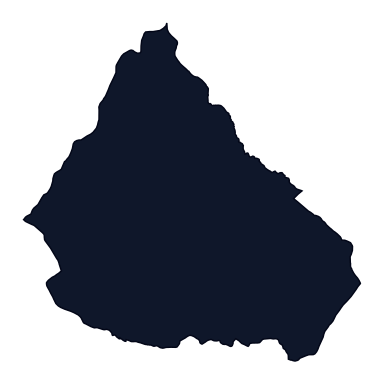 Cerinza, Boyacá, Colombia
{"feature_id": "7082276B99434629826727", "entity_name": "Cerinza", "entity_type": "district", "adm_level": 2, "iso_a3": "COL", "parent_name": "Colombia", "parent_adm1": "Boyacá", "projection": "albers", "projection_center": [-72.96, 5.971], "detail": "fine", "context": "isolated", "style": "filled", "palette": "ink", "viewbox_px": 384, "rotation_deg": 0, "n_neighbors": 0, "source": "geoboundaries", "source_scale": "gbopen_adm2", "svg_char_len": 5970}
<svg xmlns="http://www.w3.org/2000/svg" viewBox="0 0 384 384"><path d="M319.0,346.1L323.1,337.1L323.8,334.1L324.8,331.4L328.2,326.8L329.2,325.0L330.8,323.6L332.8,321.2L333.7,319.5L335.8,315.1L339.4,310.3L341.0,307.9L343.1,305.0L347.1,300.9L351.1,296.4L356.0,289.6L357.9,286.6L360.2,283.8L360.4,283.3L359.1,280.6L357.6,278.2L355.3,275.5L353.7,273.2L352.0,270.0L351.5,268.5L350.8,267.5L350.5,266.2L350.5,263.3L350.3,262.6L350.1,256.8L351.3,254.1L352.4,250.4L352.5,246.4L352.2,245.5L350.5,242.7L347.6,241.3L345.2,240.4L344.2,240.2L342.5,240.2L341.8,239.9L341.3,239.1L341.0,238.1L340.3,236.9L337.2,233.9L334.8,232.0L333.5,231.2L330.9,228.8L329.7,227.9L326.6,225.0L326.0,224.4L325.7,223.6L324.4,222.1L322.4,220.8L321.1,218.7L319.9,217.4L318.3,216.4L315.8,215.5L314.2,215.5L313.4,214.5L310.5,212.3L308.5,211.2L298.8,202.9L293.6,198.6L298.1,194.1L302.0,190.9L301.4,190.6L297.1,189.2L296.1,188.6L295.2,187.8L294.7,186.9L294.1,186.2L293.1,185.4L291.5,184.5L290.3,183.5L289.4,182.3L289.2,181.3L289.3,180.2L288.9,179.0L288.5,178.3L285.4,177.4L284.9,177.0L284.9,175.5L284.3,175.2L283.3,174.4L282.7,173.4L282.0,172.7L280.5,172.7L279.7,172.9L278.7,173.5L277.6,173.5L275.8,172.1L275.3,171.3L274.5,171.3L272.6,172.3L271.8,172.5L270.4,171.3L269.3,170.8L267.3,169.6L265.1,167.9L264.7,167.3L264.3,166.2L263.8,165.5L261.4,163.9L260.8,163.6L260.7,162.7L260.2,162.2L259.2,161.0L259.3,160.1L259.1,159.4L258.5,159.0L257.0,158.4L256.3,158.3L254.7,158.4L254.6,157.3L254.1,156.7L253.7,156.4L252.6,156.2L250.9,157.1L250.2,157.0L249.2,156.2L248.2,153.6L247.8,153.1L246.9,153.1L245.6,154.1L245.0,154.1L244.5,151.8L243.2,149.2L243.1,147.0L243.3,145.6L242.3,143.8L241.2,143.1L240.6,142.9L239.8,142.1L239.0,142.1L238.6,141.5L239.0,140.4L238.8,139.4L238.5,138.7L237.0,137.8L236.5,136.9L236.4,135.9L235.3,134.2L235.0,133.3L235.2,132.6L235.0,130.8L234.8,129.9L233.8,127.6L234.2,126.6L233.8,125.9L233.6,125.2L233.9,124.2L232.9,123.1L233.0,122.4L232.5,121.8L231.3,121.0L231.1,120.6L231.1,119.6L230.0,118.2L230.4,117.4L230.3,116.5L229.8,115.6L228.6,114.6L228.9,113.9L228.5,113.2L226.3,111.9L225.7,110.8L223.8,108.2L221.5,106.1L220.7,105.6L218.6,105.2L216.3,105.3L215.6,105.2L214.2,105.4L213.3,105.3L212.4,105.6L211.7,105.4L211.0,104.2L210.2,103.6L209.0,103.7L208.4,103.1L208.0,102.1L208.0,100.4L207.7,96.7L208.2,95.5L208.2,94.6L208.0,93.7L208.3,88.8L207.9,87.9L207.3,87.0L206.3,86.0L205.9,84.7L204.6,83.2L201.9,80.3L199.1,78.2L197.6,77.2L196.0,77.0L194.4,76.6L192.8,75.7L191.1,74.3L189.4,72.3L188.9,71.4L187.8,70.8L186.7,69.6L181.5,65.0L180.0,63.5L178.9,61.8L177.8,60.5L175.2,56.4L174.8,55.2L174.7,52.7L175.0,51.0L176.1,48.2L176.5,45.9L177.3,44.1L177.4,42.7L177.2,41.9L176.9,41.0L174.3,38.5L171.3,35.8L169.5,33.7L168.5,32.4L167.2,29.3L166.8,23.0L166.0,25.8L163.3,28.4L160.0,30.5L153.2,31.6L149.7,31.6L145.6,32.0L144.2,33.7L143.5,35.9L141.7,40.3L141.1,45.9L141.0,51.7L139.8,53.1L137.3,53.2L134.6,51.9L132.9,50.5L131.1,50.1L129.5,50.6L123.7,53.9L121.6,56.1L117.8,62.6L116.4,65.2L116.1,66.6L116.0,72.7L113.6,78.0L109.9,85.6L108.4,89.6L105.8,95.6L105.2,96.7L103.7,98.7L103.1,100.1L100.2,103.5L98.9,107.0L99.1,110.3L99.0,119.7L98.2,122.2L97.6,125.0L96.4,128.2L93.0,132.4L90.5,134.3L87.1,136.0L81.1,140.0L79.1,140.0L76.7,140.6L74.6,141.8L73.3,143.9L72.4,148.6L70.9,152.7L69.7,155.4L68.8,157.1L67.0,159.1L65.4,161.3L64.6,161.5L61.3,169.3L59.6,170.5L57.2,171.8L55.6,172.9L54.4,174.0L53.8,175.7L53.0,178.5L52.8,181.1L51.3,186.4L50.2,188.8L48.8,191.0L47.5,193.0L46.0,193.9L43.8,194.9L41.9,197.7L38.0,204.6L33.8,208.2L32.4,210.2L30.9,214.1L26.8,216.2L25.5,217.2L23.6,219.7L24.2,220.1L24.9,220.9L25.9,221.6L32.6,224.8L33.2,224.9L34.6,225.8L42.5,232.7L43.4,233.7L44.0,234.4L44.3,235.7L44.3,237.0L44.6,239.7L45.2,240.8L50.5,248.0L56.9,258.8L57.8,259.9L58.5,261.6L59.0,263.1L59.3,264.4L61.4,270.9L58.5,273.4L56.7,274.5L54.8,276.0L52.2,277.3L48.5,280.2L47.2,281.7L46.5,282.9L46.6,284.5L46.9,285.9L48.1,288.2L49.1,289.9L50.8,293.3L52.8,296.9L53.7,299.0L55.9,303.5L58.3,305.9L60.7,307.4L64.6,309.1L70.7,311.2L73.9,312.6L78.2,314.9L80.0,316.5L81.1,317.8L83.3,322.3L84.1,323.2L85.8,323.9L91.0,326.6L94.2,327.8L97.1,327.6L103.1,329.5L104.1,329.7L105.1,329.6L106.5,329.3L108.0,329.7L109.2,330.2L110.0,330.9L111.7,332.8L112.1,334.1L112.1,334.8L112.6,335.4L113.0,335.4L113.7,335.1L114.4,335.0L115.0,335.1L115.5,335.4L116.7,336.9L119.2,338.8L119.6,338.8L119.8,337.8L121.0,338.8L121.3,338.7L122.9,340.1L124.1,340.8L124.8,341.2L125.8,341.3L126.2,339.6L129.3,340.6L130.6,341.3L131.7,341.6L136.2,341.5L138.1,342.2L140.6,342.8L144.6,344.2L145.9,344.5L146.8,344.5L147.4,344.8L148.8,344.8L149.5,345.0L150.3,345.0L151.2,345.1L153.3,346.1L154.2,346.2L156.6,345.7L157.4,345.9L160.2,347.6L162.4,348.1L163.7,348.0L166.0,347.4L171.0,347.2L175.4,347.3L176.2,347.2L177.1,346.9L179.2,344.0L179.5,343.3L179.8,341.1L181.0,340.3L185.6,337.7L186.4,337.0L187.9,336.1L188.9,335.6L189.8,335.3L190.7,335.4L191.8,335.6L194.3,336.7L196.8,338.5L198.4,339.3L199.3,340.4L199.6,340.9L199.9,342.4L200.1,342.9L200.6,343.4L202.0,344.1L202.7,343.7L205.4,342.0L206.6,341.0L208.4,340.1L210.7,339.5L211.3,339.5L213.6,340.6L214.5,340.8L216.9,340.9L218.3,340.5L219.0,340.5L220.0,340.9L220.2,341.3L220.3,342.1L220.6,342.6L221.2,343.1L222.9,344.2L224.3,344.4L225.6,344.3L227.4,344.9L229.9,346.2L230.6,346.4L231.3,346.3L232.2,345.7L233.0,343.6L233.1,341.9L233.6,341.1L235.8,338.7L239.2,340.9L240.6,342.4L241.9,343.5L244.3,344.5L247.0,345.9L248.1,346.3L248.8,345.7L249.9,343.4L250.9,343.2L252.5,343.0L257.8,342.9L259.6,342.6L260.4,341.8L262.3,339.7L262.6,339.4L264.0,339.0L270.6,338.4L273.2,338.9L275.5,338.7L276.5,338.8L277.5,339.2L278.4,339.9L278.7,340.5L279.3,342.5L279.8,343.4L280.4,343.9L281.6,344.6L282.4,345.3L283.0,347.1L283.1,348.0L283.6,348.6L285.1,349.6L285.5,350.1L286.2,351.7L288.1,354.4L288.3,355.7L288.4,359.2L290.9,360.1L291.5,360.0L292.6,360.5L294.3,360.9L295.2,361.0L297.7,360.3L298.6,359.7L299.7,358.4L300.3,358.0L306.2,355.6L308.8,354.7L313.3,354.6L314.9,353.8L316.6,351.7L317.8,349.4L319.0,346.1Z" fill="#0f172a" stroke="#020617" stroke-width="1.5"/></svg>